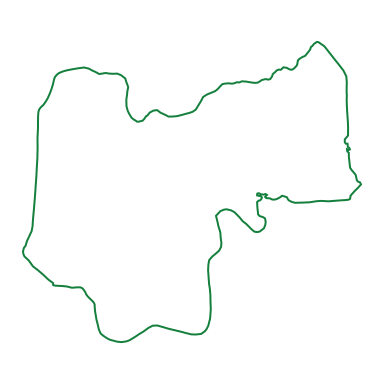 Khemara Phoumin, Kaôh Kong, Cambodia (orthographic projection)
{"feature_id": "14789045B84923983917004", "entity_name": "Khemara Phoumin", "entity_type": "district", "adm_level": 2, "iso_a3": "KHM", "parent_name": "Cambodia", "parent_adm1": "Kaôh Kong", "projection": "orthographic", "projection_center": [103.034, 11.595], "detail": "fine", "context": "isolated", "style": "outline", "palette": "green", "viewbox_px": 384, "rotation_deg": 0, "n_neighbors": 0, "source": "geoboundaries", "source_scale": "gbopen_adm2", "svg_char_len": 3841}
<svg xmlns="http://www.w3.org/2000/svg" viewBox="0 0 384 384"><path d="M338.3,63.9L334.9,59.7L328.8,51.9L324.3,46.2L318.5,42.2L316.9,41.9L314.1,43.8L312.2,46.1L310.9,47.1L310.1,49.6L307.6,52.9L305.2,55.8L302.1,57.2L299.4,58.9L297.9,60.4L297.6,62.2L297.2,64.5L296.5,65.9L294.0,68.5L292.5,69.5L290.8,69.7L288.7,69.0L286.9,67.9L283.4,67.3L282.0,68.7L280.8,69.8L278.8,69.6L276.9,70.3L275.1,72.1L272.8,74.1L272.0,76.6L270.2,79.1L268.4,79.6L265.6,79.1L261.8,80.0L260.0,81.3L257.8,82.6L255.0,82.9L250.8,82.4L246.3,81.6L242.0,81.3L239.0,82.5L237.0,82.2L234.1,83.3L231.9,83.7L228.7,83.3L225.0,83.6L222.4,84.1L220.3,86.2L217.7,89.1L215.2,91.1L211.4,92.7L207.0,94.5L203.1,97.0L201.5,100.2L199.9,102.9L197.6,106.6L195.9,109.5L192.6,111.8L189.4,112.9L186.3,113.7L182.7,114.7L177.3,116.1L173.1,116.5L168.6,116.6L165.3,114.9L160.4,112.6L157.1,110.1L153.4,110.6L149.7,112.6L147.4,115.5L146.1,116.2L144.4,118.7L142.7,120.6L138.7,121.7L137.1,121.7L135.6,120.6L133.6,119.4L131.5,117.7L129.3,114.0L127.8,111.0L126.5,106.3L126.4,103.0L126.3,99.8L127.0,95.1L127.4,91.0L128.2,87.3L127.6,85.3L126.4,82.3L125.3,78.5L121.1,75.2L117.2,73.6L113.3,73.8L109.4,73.6L105.6,73.0L100.9,73.8L99.2,74.0L95.4,71.9L92.4,70.6L88.8,68.6L84.1,67.5L78.7,68.2L73.3,69.1L69.5,69.8L65.7,70.6L61.9,71.8L58.7,73.2L56.8,74.8L54.9,77.1L54.1,79.3L52.9,84.5L51.3,89.6L49.7,93.8L47.5,98.7L45.4,102.1L43.3,105.0L40.9,107.2L39.4,109.1L38.4,111.8L38.1,116.0L38.0,121.6L38.0,127.9L37.5,138.1L37.6,147.7L37.5,152.7L37.4,157.7L36.8,167.9L36.3,177.4L35.7,185.7L35.2,193.1L34.7,199.7L33.9,209.6L33.3,215.8L32.8,222.1L32.6,226.0L31.6,231.2L29.8,235.0L28.4,238.1L27.1,240.7L25.5,245.9L23.9,247.9L23.0,251.4L23.4,254.1L24.5,256.5L28.6,260.3L33.0,266.4L38.2,270.4L43.4,274.9L48.4,279.6L53.1,283.1L53.2,285.1L54.9,285.6L57.5,285.8L62.1,286.0L66.9,286.5L69.0,287.0L71.6,287.7L73.3,287.7L76.8,287.3L80.2,287.3L82.1,288.1L83.3,289.3L84.6,291.1L85.5,292.6L86.1,294.2L87.8,296.5L90.5,299.2L92.3,300.9L93.8,302.6L94.6,304.4L94.8,308.4L95.2,312.2L95.8,315.5L96.5,319.8L97.6,324.0L98.2,326.6L98.6,328.5L99.3,330.5L100.7,333.6L103.1,335.6L104.8,336.8L107.8,338.7L110.1,339.8L117.3,341.7L121.5,342.1L126.4,341.4L129.6,340.2L135.2,336.8L139.2,334.1L143.5,331.5L148.6,327.8L152.7,325.7L157.3,325.5L162.7,327.0L168.4,328.7L175.1,330.3L181.7,331.9L186.5,333.2L191.5,334.4L196.1,334.5L201.2,333.9L204.8,331.3L206.4,329.4L208.3,325.7L210.1,318.5L210.8,309.3L210.5,301.7L210.4,295.1L209.8,288.3L209.1,284.2L208.6,277.1L208.4,274.4L208.1,269.9L208.4,264.5L209.2,260.1L211.1,257.9L212.4,256.4L215.7,253.7L219.1,250.7L221.1,246.8L221.4,242.8L220.7,237.9L220.3,232.3L218.4,226.1L217.7,222.7L216.0,215.8L220.4,211.1L224.1,209.6L226.7,209.3L231.2,210.4L234.6,212.3L239.6,217.4L242.7,221.2L246.3,224.0L249.7,227.4L251.8,229.6L254.5,231.7L257.4,232.1L259.8,231.5L264.0,228.2L265.3,224.8L265.7,221.8L265.0,218.4L263.0,217.1L259.7,216.1L258.1,214.4L257.8,211.2L257.4,207.8L257.1,202.1L258.5,200.7L260.2,200.3L261.4,199.0L261.9,197.4L260.9,196.3L257.1,195.4L257.3,193.6L258.9,193.2L260.8,194.3L263.7,194.6L265.5,194.0L267.0,195.0L265.1,196.9L266.3,198.1L270.0,198.4L272.2,199.5L274.5,199.6L276.6,199.1L280.1,197.3L282.0,195.8L284.8,196.5L286.9,197.3L288.3,199.9L289.9,201.0L292.1,202.0L295.2,202.8L302.5,202.6L309.4,202.3L316.7,201.2L321.1,200.9L328.7,201.3L336.1,200.7L341.6,200.3L345.0,200.1L348.6,199.7L350.1,198.8L350.5,195.9L351.4,194.7L354.8,190.9L358.1,187.7L361.0,184.4L360.0,182.4L358.0,181.6L356.9,180.4L355.7,175.0L354.8,173.8L351.6,170.0L350.1,167.7L349.5,162.5L348.9,157.2L348.8,152.9L347.2,151.2L347.0,149.2L348.7,150.0L349.9,149.4L349.3,147.9L347.9,147.0L347.5,143.7L345.9,143.7L344.8,142.3L344.8,139.4L348.0,135.6L348.1,127.4L347.9,122.3L347.5,116.4L347.1,110.8L346.8,104.1L346.7,100.4L346.8,95.2L346.6,90.8L346.7,86.1L346.8,82.2L346.3,76.3L343.4,70.5L338.3,63.9Z" fill="none" stroke="#15803d" stroke-width="2"/></svg>